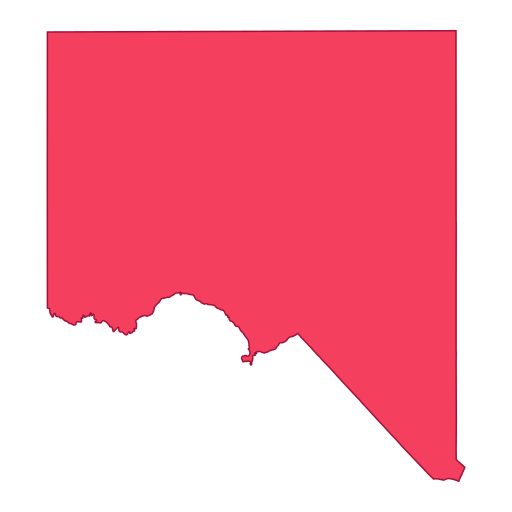 the district of San Andrés, Petén, Guatemala
{"feature_id": "79465075B48357778365605", "entity_name": "San Andrés", "entity_type": "district", "adm_level": 2, "iso_a3": "GTM", "parent_name": "Guatemala", "parent_adm1": "Petén", "projection": "equal_earth", "projection_center": [-90.564, 17.38], "detail": "fine", "context": "isolated", "style": "filled", "palette": "rose", "viewbox_px": 512, "rotation_deg": 0, "n_neighbors": 0, "source": "geoboundaries", "source_scale": "gbopen_adm2", "svg_char_len": 5954}
<svg xmlns="http://www.w3.org/2000/svg" viewBox="0 0 512 512"><path d="M464.7,467.1L464.4,467.0L462.4,465.0L461.1,464.1L460.3,463.1L459.9,463.0L459.3,462.2L458.5,461.9L456.2,459.4L456.1,450.4L456.3,418.6L456.1,363.9L456.2,353.2L456.1,349.8L456.1,281.0L456.2,222.8L456.1,221.2L456.0,30.7L47.4,32.0L47.3,175.1L47.4,308.0L48.9,308.4L49.3,308.6L49.5,308.8L49.6,309.1L49.9,312.1L50.3,313.5L51.5,315.5L52.2,316.6L52.7,317.0L53.1,316.9L53.3,316.4L53.6,314.6L54.0,313.8L54.4,313.4L54.9,313.5L55.2,313.9L55.3,314.8L55.4,315.1L56.1,316.0L56.4,316.4L57.1,316.6L58.7,316.6L59.1,316.8L60.4,318.1L61.9,317.9L62.1,318.0L62.8,318.7L63.4,319.6L65.3,321.0L66.9,321.3L67.4,321.5L68.4,322.7L69.2,323.2L70.4,323.6L71.2,323.7L73.1,324.8L73.9,325.1L75.0,324.9L75.6,324.6L75.9,324.0L76.4,322.1L76.9,321.7L77.3,321.7L80.2,322.0L81.3,321.9L81.5,321.6L81.5,321.0L81.5,320.3L81.2,319.1L81.3,318.1L81.6,317.9L82.0,318.0L82.5,318.3L82.7,318.2L82.9,315.9L83.0,315.4L83.2,315.2L83.8,315.3L84.6,317.1L84.9,317.2L85.9,317.0L86.7,316.3L87.9,315.7L88.4,315.6L88.8,315.7L89.0,316.0L89.4,316.1L89.6,315.9L89.8,315.6L90.0,313.4L90.1,313.2L90.4,313.0L90.8,313.0L91.1,313.2L91.3,313.6L91.4,315.2L91.5,315.6L91.8,315.7L92.1,315.5L92.5,314.7L93.1,314.3L93.5,314.3L93.8,314.6L94.0,315.3L94.0,316.8L94.1,318.4L94.7,319.1L95.0,319.3L96.0,319.6L96.5,320.0L96.6,320.3L96.6,320.6L96.4,320.9L95.4,321.3L95.2,321.7L95.1,322.0L95.2,322.3L95.5,322.5L95.9,322.6L96.9,322.7L98.4,322.6L100.2,322.9L100.8,322.8L101.3,322.4L101.8,321.6L102.2,321.1L103.0,320.6L104.0,320.7L105.5,321.5L106.9,322.6L108.8,324.8L109.4,325.6L109.8,326.5L110.2,326.8L110.4,326.9L111.5,327.0L111.9,327.2L112.1,327.6L112.6,329.0L112.8,330.2L113.3,331.5L113.6,331.6L114.1,331.3L115.2,330.0L116.4,328.6L117.2,327.9L118.2,327.3L118.4,327.3L118.6,327.5L118.8,329.9L118.9,330.4L119.2,331.0L119.9,331.8L120.4,332.0L121.8,331.8L122.5,332.0L123.1,332.4L123.6,332.9L124.2,333.9L125.7,334.7L126.3,334.9L126.7,334.8L127.5,334.2L127.7,333.8L128.0,333.0L128.9,332.0L129.3,331.9L129.5,332.2L129.6,332.7L129.8,333.3L130.0,333.3L131.6,332.8L132.1,332.5L132.4,332.3L132.8,331.6L133.1,331.4L133.4,331.2L134.3,331.1L134.6,330.9L134.6,330.3L134.6,329.9L134.2,329.4L134.1,329.0L134.2,328.6L134.5,328.4L135.5,328.6L136.0,328.6L136.3,328.3L136.5,325.4L136.5,324.2L136.3,323.1L135.9,321.8L135.8,321.1L135.8,320.5L136.3,320.0L137.6,319.1L138.6,318.0L139.2,317.5L142.0,316.3L144.6,315.4L146.4,316.0L147.3,316.2L147.5,316.2L148.3,315.5L149.2,315.3L150.1,315.0L150.8,314.4L152.2,313.7L152.9,312.5L153.5,311.3L154.3,308.1L154.9,306.4L156.9,304.2L159.5,301.8L159.8,301.3L160.5,299.9L161.2,299.0L161.6,298.6L162.1,298.4L164.5,298.1L166.9,297.3L168.8,297.4L169.3,297.3L171.2,296.0L173.6,294.7L174.7,293.7L176.1,293.0L179.1,292.9L180.1,292.2L180.5,292.1L180.7,292.5L180.3,293.5L180.2,294.0L180.2,294.3L180.5,294.8L180.8,294.9L181.0,294.7L181.8,293.4L182.1,293.2L183.9,293.6L185.6,293.5L187.0,293.7L189.5,294.4L192.2,294.8L192.8,294.9L193.5,295.4L194.2,296.3L195.4,298.5L195.9,299.2L196.6,299.8L197.5,300.4L199.1,300.9L200.2,301.4L200.7,301.8L201.4,302.8L204.0,304.0L204.8,304.1L205.4,303.8L206.3,303.7L206.7,303.8L208.1,304.5L211.4,304.8L214.1,305.3L214.5,305.5L215.1,305.9L216.0,307.2L217.0,308.0L219.3,308.9L219.8,309.2L221.0,309.8L222.7,310.2L223.5,310.5L223.8,310.8L224.7,312.1L225.2,313.3L225.6,314.7L225.8,315.0L226.1,315.2L226.5,315.2L227.5,315.1L227.8,315.4L227.9,315.8L227.7,316.4L227.6,316.7L227.7,317.0L227.9,317.3L228.2,317.5L228.7,317.4L229.1,317.5L229.3,317.8L229.2,318.9L229.3,319.4L229.6,320.1L230.0,320.7L230.4,321.0L231.4,321.1L231.9,321.4L233.5,322.8L234.3,323.6L234.7,324.9L235.9,326.2L236.2,326.4L237.2,326.3L237.8,326.4L239.0,327.2L239.3,327.6L239.7,328.9L241.5,331.6L241.9,331.9L242.2,332.1L243.0,332.8L244.7,335.6L245.9,337.0L248.0,339.9L248.4,340.7L248.6,342.3L248.9,343.3L249.0,344.0L249.0,345.3L249.4,347.7L249.3,348.1L248.7,348.4L248.4,348.7L248.4,349.1L248.5,349.4L249.2,350.0L249.3,350.2L249.5,350.6L249.6,351.3L250.0,352.3L250.0,353.1L249.9,353.6L249.7,354.3L249.4,355.1L249.0,355.6L248.2,356.1L247.9,356.3L247.5,356.3L246.5,355.7L245.8,355.5L245.1,355.5L244.6,355.6L244.0,356.1L242.9,356.1L242.5,356.2L242.3,356.4L241.9,357.1L241.7,357.4L241.6,358.3L241.7,358.9L242.7,361.2L243.1,361.7L243.4,361.8L244.0,361.8L244.2,361.7L244.4,361.5L244.6,361.3L246.2,361.5L247.0,361.3L247.4,361.1L247.8,361.1L249.5,361.3L249.9,361.4L250.2,361.6L250.5,362.0L250.5,362.4L250.2,363.6L250.2,363.9L250.3,364.4L250.6,364.8L251.0,364.9L251.4,364.8L251.7,364.4L251.7,364.1L251.6,362.8L251.6,362.4L252.5,360.5L252.6,360.2L252.6,359.6L252.8,356.2L252.8,355.9L253.0,355.5L253.2,355.3L253.5,355.2L254.6,355.4L254.9,355.3L255.1,355.2L255.2,354.6L254.9,354.1L254.8,353.6L254.7,353.2L254.9,352.9L255.1,352.7L255.6,352.6L255.8,352.9L256.2,353.5L256.4,353.6L256.6,353.4L256.7,351.9L257.0,351.6L257.3,351.5L258.9,351.6L259.6,351.5L260.1,351.5L262.4,352.5L263.9,353.0L264.4,353.1L266.4,352.2L267.6,352.0L269.7,350.7L270.6,350.3L272.7,349.9L275.3,349.0L275.5,348.8L275.8,348.6L277.0,346.5L278.5,345.0L279.3,343.3L279.8,342.8L280.1,342.7L280.9,342.7L282.2,342.8L283.6,342.3L285.7,341.1L286.7,340.3L287.2,339.5L288.6,337.8L289.7,337.2L290.8,336.7L291.6,336.5L292.6,336.5L293.3,336.2L295.7,334.9L297.0,333.9L297.8,333.5L299.7,335.5L301.4,337.6L304.5,340.8L309.1,345.7L310.2,346.7L313.6,350.6L315.4,352.5L317.9,355.3L318.3,355.4L322.0,359.7L332.1,370.2L333.9,372.4L334.2,372.5L337.5,376.4L340.1,379.0L341.9,381.1L346.8,386.3L353.5,393.6L354.5,394.5L358.3,398.7L359.1,399.4L362.2,403.1L364.9,405.9L378.9,421.2L384.0,426.6L387.1,430.0L392.5,435.9L395.3,438.7L397.3,441.0L398.1,441.8L402.2,446.5L424.5,469.8L425.1,470.6L425.4,470.7L427.8,473.4L432.2,477.8L433.1,478.6L433.4,479.0L435.9,478.8L438.2,478.9L440.7,479.6L442.0,479.6L442.2,479.9L443.8,480.1L447.2,478.7L448.3,478.5L450.2,478.7L453.5,479.4L455.6,480.1L456.2,480.1L457.8,481.0L458.7,481.3L459.9,478.3L461.3,475.5L463.3,470.9L464.0,469.4L464.7,467.8L464.7,467.1Z" fill="#f43f5e" stroke="#9f1239" stroke-width="1.5"/></svg>